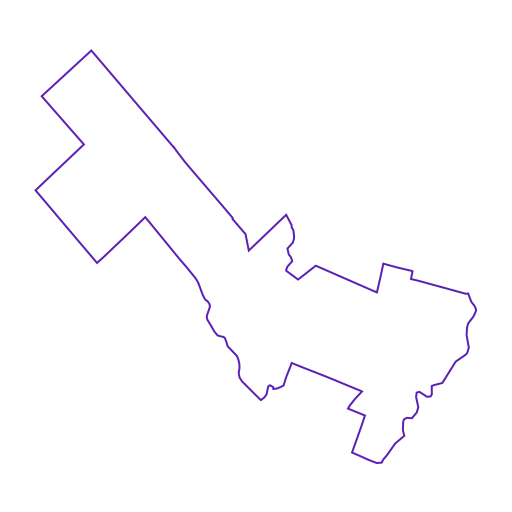 the district of Buzescu, Teleorman, Romania, rotated 88°
{"feature_id": "2599482B13820587826100", "entity_name": "Buzescu", "entity_type": "district", "adm_level": 2, "iso_a3": "ROU", "parent_name": "Romania", "parent_adm1": "Teleorman", "projection": "equal_earth", "projection_center": [25.223, 43.976], "detail": "fine", "context": "isolated", "style": "outline", "palette": "violet", "viewbox_px": 512, "rotation_deg": 88, "n_neighbors": 0, "source": "geoboundaries", "source_scale": "gbopen_adm2", "svg_char_len": 1962}
<svg xmlns="http://www.w3.org/2000/svg" viewBox="0 0 512 512"><g transform="rotate(88 256 256)"><path d="M466.9,137.6L463.7,135.8L459.9,132.3L448.2,123.4L440.9,114.1L434.9,115.3L426.4,114.6L424.4,113.8L423.0,110.9L423.6,105.9L418.0,100.8L412.8,99.1L402.6,100.9L398.1,100.2L397.5,97.4L402.7,89.9L402.4,86.4L400.4,85.1L392.1,84.9L391.3,82.8L389.4,74.2L368.5,60.1L362.0,50.0L360.3,48.3L355.0,46.5L342.5,48.3L334.8,47.6L330.8,46.3L323.9,40.7L318.7,38.1L318.4,38.0L316.3,38.2L313.6,39.3L309.3,42.4L300.9,45.3L301.1,47.6L290.7,80.9L286.7,93.6L284.4,101.9L276.8,100.1L276.4,100.6L272.3,115.6L268.1,129.0L280.8,132.2L296.6,136.4L296.1,137.6L267.8,196.6L281.0,214.8L271.8,226.3L270.7,226.3L267.5,224.8L262.5,220.0L258.5,221.1L255.6,223.2L249.6,224.3L243.8,218.6L239.3,217.3L236.9,217.3L231.3,217.8L228.8,219.3L226.3,219.4L223.1,220.9L215.9,224.4L250.3,263.0L233.8,265.7L218.2,278.2L217.2,277.9L210.1,283.5L169.2,316.1L159.7,323.6L148.5,331.6L144.2,334.4L144.3,334.6L44.9,413.4L88.8,464.6L101.6,454.2L138.5,424.1L163.9,452.9L182.6,474.0L183.3,473.6L183.7,473.2L194.4,464.8L206.0,455.6L207.5,454.5L257.4,415.1L251.5,408.1L229.6,383.4L213.3,365.3L256.4,332.5L264.2,326.2L276.4,317.0L280.6,314.7L286.3,312.8L292.5,310.8L297.1,308.7L298.5,307.5L299.2,306.3L301.7,304.5L304.3,303.7L307.1,304.5L310.8,306.0L314.1,307.2L315.7,307.3L318.0,306.8L324.6,303.1L330.0,300.3L334.1,297.1L335.0,294.3L335.8,291.2L336.9,290.0L340.2,288.8L345.2,287.5L351.0,282.3L355.2,278.6L358.9,277.2L363.3,276.4L367.7,276.4L371.5,277.3L374.6,277.1L377.2,276.5L381.2,274.0L386.3,269.2L394.9,261.2L400.2,256.1L397.5,252.5L394.5,250.2L386.8,248.4L385.7,246.4L387.6,243.4L389.5,243.3L389.1,239.4L387.6,235.6L386.4,233.0L377.9,230.0L368.2,225.7L364.2,224.1L369.7,211.6L379.7,188.5L394.2,156.6L395.1,154.8L402.0,161.8L405.9,165.1L408.7,167.5L411.7,169.4L419.2,152.7L428.2,156.0L455.8,166.9L460.0,158.0L463.5,151.0L467.1,142.6L467.0,140.1L466.9,137.6Z" fill="none" stroke="#5b21b6" stroke-width="2"/></g></svg>